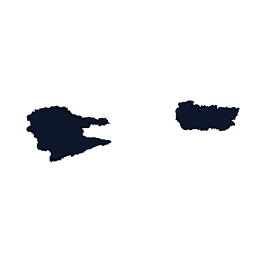 Hpa-An, Kayin, Myanmar, rotated 112°
{"feature_id": "60261553B96608852730046", "entity_name": "Hpa-An", "entity_type": "district", "adm_level": 2, "iso_a3": "MMR", "parent_name": "Myanmar", "parent_adm1": "Kayin", "projection": "albers", "projection_center": [97.347, 18.013], "detail": "fine", "context": "isolated", "style": "filled", "palette": "ink", "viewbox_px": 256, "rotation_deg": 112, "n_neighbors": 0, "source": "geoboundaries", "source_scale": "gbopen_adm2", "svg_char_len": 5810}
<svg xmlns="http://www.w3.org/2000/svg" viewBox="0 0 256 256"><g transform="rotate(112 128 128)"><path d="M184.1,189.1L186.6,188.0L186.3,187.7L186.8,187.2L187.3,187.5L187.6,186.5L186.4,186.7L186.0,185.5L185.7,186.4L185.1,186.3L185.4,184.4L186.1,184.5L186.1,184.1L185.4,183.7L184.5,183.8L184.3,183.3L185.0,182.6L183.7,182.3L183.9,181.6L183.1,181.8L183.2,181.0L182.7,180.8L182.8,180.1L181.7,180.5L181.9,179.8L182.6,179.5L182.7,179.0L182.5,178.8L181.6,179.4L180.8,178.9L180.0,177.4L177.9,176.6L177.6,175.6L176.7,174.8L176.0,174.8L176.0,174.0L175.4,173.1L174.6,173.0L174.2,172.1L174.2,170.8L175.0,169.7L174.4,169.4L174.4,168.8L173.1,168.2L172.5,168.5L171.4,166.7L170.4,165.9L171.1,165.5L171.1,165.2L169.6,164.2L167.1,160.8L165.6,160.8L165.3,159.6L162.9,158.9L162.6,157.7L162.0,157.4L161.5,155.8L158.1,153.0L156.3,150.8L154.9,149.8L154.6,149.0L152.9,146.7L152.8,145.6L153.5,145.0L152.6,143.9L151.7,143.7L151.1,142.2L150.1,141.5L150.1,140.8L149.0,140.7L147.6,139.0L147.1,139.2L147.0,140.7L147.4,142.1L148.4,143.8L148.0,145.0L149.3,148.8L148.9,150.9L149.5,152.0L149.8,155.5L151.9,159.6L151.9,160.8L153.0,162.1L152.3,165.1L152.6,167.5L152.1,168.0L150.5,168.6L148.4,168.3L147.5,168.6L146.5,171.5L145.7,172.6L145.2,172.4L145.1,171.2L144.3,169.5L143.7,168.9L142.2,164.9L141.2,164.5L140.9,164.7L140.1,164.6L138.6,165.8L138.4,164.8L138.1,165.0L138.2,164.1L136.8,163.6L136.7,163.0L137.3,162.4L137.1,162.2L137.3,161.6L136.6,161.9L136.3,160.7L135.6,160.2L136.6,159.1L134.9,157.4L136.4,155.5L136.2,155.0L134.1,153.3L134.1,152.7L133.3,152.0L134.0,151.3L132.3,150.6L132.3,150.0L131.2,149.5L130.7,148.1L130.2,149.6L128.9,149.9L128.3,152.3L127.8,152.5L128.7,153.4L128.7,154.1L129.1,154.4L129.0,155.7L129.5,156.2L130.2,157.8L132.5,158.7L132.7,159.9L132.3,160.6L132.4,162.0L131.8,163.4L132.1,164.3L133.0,165.1L132.8,165.2L132.6,167.0L133.3,167.9L133.1,168.6L134.4,169.8L134.4,170.2L134.9,170.5L134.6,171.0L134.9,171.6L135.3,171.8L135.7,172.4L136.1,172.2L136.2,172.9L135.7,173.1L135.7,173.5L136.4,173.6L136.7,174.3L136.5,175.3L135.3,175.8L135.2,176.8L135.3,177.1L135.8,176.9L135.6,177.4L136.0,177.4L136.0,178.2L136.5,178.6L136.0,179.0L136.5,179.4L136.5,180.0L137.1,180.5L136.9,180.7L136.3,180.4L135.9,181.8L136.3,182.0L136.0,182.3L136.2,183.1L136.7,183.2L136.6,183.6L136.9,183.9L136.6,184.3L136.9,185.2L137.5,185.5L137.1,186.2L136.5,186.1L136.9,186.9L136.6,187.1L136.4,186.6L135.9,186.5L135.5,187.3L135.6,187.9L134.9,189.0L134.7,188.8L134.7,188.2L134.5,188.3L134.4,189.3L135.0,189.7L135.4,190.5L135.0,191.4L134.9,191.1L134.5,191.1L134.7,192.0L133.9,192.3L133.3,191.7L132.8,192.0L133.8,192.8L133.2,192.9L133.2,193.3L134.1,193.3L134.4,193.7L133.8,193.7L133.5,194.2L132.7,194.4L133.5,195.1L133.0,195.2L133.0,195.6L133.7,196.5L134.6,196.8L134.6,197.5L134.9,197.7L135.2,198.3L134.5,199.2L135.1,200.0L134.9,201.4L134.5,202.0L134.9,202.4L135.8,201.7L135.4,202.7L135.8,203.4L135.6,203.8L137.6,204.7L137.6,205.3L137.0,205.4L136.8,206.0L137.3,206.9L138.9,207.7L139.3,207.3L140.3,208.1L139.8,208.8L140.1,209.9L140.3,212.2L141.3,212.6L143.5,216.5L144.0,216.3L145.3,217.3L145.4,218.4L146.1,219.0L146.2,220.5L148.0,219.9L149.3,220.1L149.0,221.8L149.6,221.7L152.0,222.5L153.1,224.0L154.6,225.4L155.2,225.4L158.2,223.6L157.3,222.5L157.7,221.3L159.0,220.2L162.4,218.3L162.8,218.5L163.7,219.9L164.4,220.4L165.0,220.6L165.8,221.2L167.0,221.0L168.3,219.4L167.7,218.3L167.3,216.6L167.9,215.1L167.9,213.8L168.3,213.6L169.3,211.7L171.1,211.3L170.8,209.7L171.5,207.9L172.3,206.8L172.9,206.6L173.4,206.9L173.8,205.8L174.2,205.6L175.7,205.3L176.8,205.6L179.5,204.7L180.2,203.9L180.2,203.2L180.7,203.2L181.0,202.6L180.3,201.8L180.6,199.1L179.8,197.6L179.7,195.7L178.3,195.7L177.8,193.2L178.2,191.8L179.0,191.0L179.1,189.9L180.4,189.0L182.0,188.9L182.5,188.5L184.1,189.1ZM100.1,86.5L101.9,86.4L101.4,85.1L103.0,83.8L102.8,82.4L103.7,81.5L104.0,80.3L104.3,80.0L105.3,80.3L105.7,80.0L106.0,78.8L107.4,78.1L107.4,76.4L108.2,75.5L107.4,73.9L107.2,72.8L106.0,72.0L105.6,71.9L105.3,71.5L105.7,70.6L106.2,70.2L105.9,69.3L103.5,67.3L103.6,66.4L102.7,64.5L102.1,63.9L102.8,62.5L101.7,60.9L101.2,60.5L102.6,59.2L102.3,58.8L101.5,58.5L100.9,57.7L101.4,56.9L100.3,55.6L100.6,54.9L99.7,53.6L98.7,54.0L96.4,52.4L96.0,51.2L96.2,50.6L96.9,50.2L95.9,49.6L95.3,48.6L95.8,48.0L95.1,47.9L94.6,47.2L94.9,46.3L95.3,45.9L94.7,45.4L94.6,45.0L95.1,44.8L94.7,44.1L94.8,42.7L95.4,42.3L95.7,41.7L94.3,39.5L93.5,37.5L92.4,37.3L91.4,36.3L91.3,35.6L89.0,34.6L86.4,34.5L86.7,33.2L86.4,33.2L85.9,32.5L85.3,30.6L84.2,31.2L84.3,32.0L83.7,32.2L83.4,32.7L83.1,34.9L82.4,35.8L81.9,35.9L80.6,34.1L80.0,33.8L79.8,33.4L79.3,33.3L79.5,32.7L78.1,33.3L77.9,32.8L76.7,33.1L75.0,31.8L73.2,32.7L71.7,32.3L71.3,32.7L68.7,32.5L68.4,32.8L70.0,34.7L71.3,34.7L70.6,36.0L69.9,36.1L69.9,36.6L69.3,36.9L70.5,39.0L71.2,39.1L72.1,40.1L72.4,40.0L71.9,40.6L71.9,40.8L72.6,40.7L72.2,41.8L72.5,41.9L72.7,41.6L72.8,42.3L72.0,44.0L72.6,44.0L73.0,44.4L74.6,50.0L75.2,50.4L75.3,51.0L75.9,50.9L78.3,52.4L77.3,52.8L76.8,53.5L74.4,54.3L74.6,55.2L75.7,55.0L76.0,56.4L75.5,57.0L75.5,57.8L77.5,59.9L79.3,61.2L78.6,62.2L79.2,62.6L79.4,64.2L78.9,65.1L79.8,65.0L80.0,65.9L80.5,66.3L80.1,66.8L80.0,67.8L80.6,67.7L81.0,66.9L81.5,67.7L81.7,67.2L82.0,67.3L82.4,68.1L82.6,67.7L82.4,67.3L83.2,67.0L84.5,67.5L85.6,68.7L85.6,69.3L84.9,69.3L84.7,69.7L84.6,69.1L83.6,69.2L84.1,69.9L83.4,69.9L83.3,70.6L82.4,69.2L81.8,69.5L81.2,70.5L81.2,71.4L80.7,72.2L81.3,72.8L81.2,73.3L81.6,74.1L82.8,74.7L82.5,76.0L84.1,76.4L84.4,76.9L82.6,77.3L80.8,77.4L79.7,77.1L79.3,77.4L80.0,81.0L80.7,81.6L80.9,82.5L81.6,82.7L82.6,83.6L84.0,86.7L84.5,86.5L85.0,86.8L85.3,87.4L85.2,88.4L85.9,89.3L85.8,89.6L86.3,89.8L87.3,89.7L87.5,88.9L88.9,87.8L90.3,88.2L92.1,89.7L93.1,89.3L94.2,89.9L95.3,88.9L96.0,88.8L97.1,87.5L98.5,87.6L99.1,87.1L99.6,87.2L100.1,86.5ZM148.6,222.2L150.1,222.2L149.7,221.8L148.6,222.2Z" fill="#0f172a" stroke="#020617" stroke-width="1.5"/></g></svg>